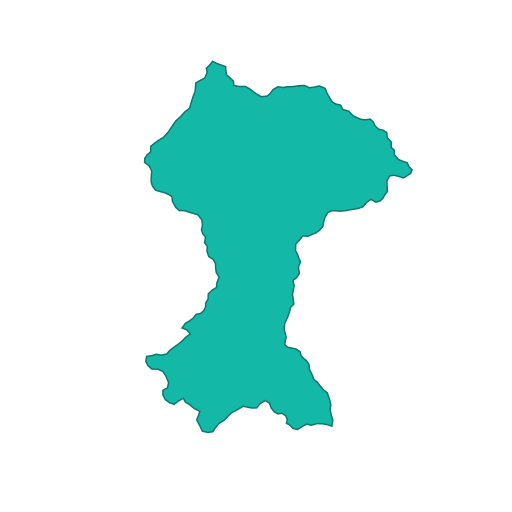 outline of Carangola, Minas Gerais, Brazil, rotated 296°
{"feature_id": "56859067B57356362865245", "entity_name": "Carangola", "entity_type": "district", "adm_level": 2, "iso_a3": "BRA", "parent_name": "Brazil", "parent_adm1": "Minas Gerais", "projection": "mercator", "projection_center": [-42.102, -20.708], "detail": "fine", "context": "isolated", "style": "filled", "palette": "teal", "viewbox_px": 512, "rotation_deg": 296, "n_neighbors": 0, "source": "geoboundaries", "source_scale": "gbopen_adm2", "svg_char_len": 3353}
<svg xmlns="http://www.w3.org/2000/svg" viewBox="0 0 512 512"><g transform="rotate(296 256 256)"><path d="M436.6,238.3L433.1,234.1L430.6,230.0L430.6,225.1L428.1,220.3L424.6,215.2L422.1,210.4L419.3,206.4L417.7,201.5L413.1,198.4L407.8,197.4L404.5,195.8L401.5,190.8L401.9,184.6L403.3,178.2L403.8,172.2L401.1,166.9L399.6,161.3L403.4,158.9L404.6,154.5L406.0,150.0L409.0,147.9L412.9,145.7L412.4,141.4L411.9,136.9L411.9,131.6L407.9,130.8L402.9,129.1L399.6,131.6L393.6,131.9L389.0,128.6L385.1,126.0L380.9,127.7L377.2,129.1L372.1,129.5L366.2,130.4L359.6,131.5L354.5,128.9L348.3,127.1L342.5,124.8L336.5,123.8L328.9,122.8L321.8,120.7L317.3,117.7L313.3,115.6L308.4,113.3L303.5,115.7L299.6,113.9L295.0,113.2L291.2,114.9L290.2,120.6L286.7,125.0L281.3,127.1L276.3,129.5L273.6,132.2L271.1,136.6L271.8,141.1L272.8,146.1L273.0,150.4L272.6,154.3L268.4,157.0L264.5,162.6L263.2,167.1L265.3,171.6L266.3,178.2L267.6,185.5L264.8,191.4L260.4,194.3L255.7,195.5L252.6,198.5L251.0,202.3L245.4,203.9L243.5,207.9L238.6,210.0L234.8,213.8L234.2,219.1L231.3,223.0L227.5,225.0L224.0,227.3L220.7,232.1L214.7,232.6L210.5,234.3L206.6,231.8L201.2,229.7L196.3,231.8L191.6,231.4L188.3,233.0L183.9,233.0L180.0,231.3L177.3,227.7L172.9,226.9L168.4,224.6L164.5,222.0L158.9,221.1L159.3,226.1L157.2,231.2L152.2,228.5L146.6,226.7L141.2,224.0L136.3,221.3L132.9,219.7L128.7,218.7L125.2,213.9L123.9,209.3L120.8,206.1L117.8,201.7L113.0,203.2L110.1,206.9L108.7,212.1L111.3,217.4L111.4,222.8L108.8,227.3L106.5,230.1L103.6,233.1L98.6,234.2L94.5,231.2L90.5,233.1L87.2,237.4L86.2,242.5L86.9,247.5L92.2,250.2L96.3,253.1L93.7,256.6L93.3,261.7L91.8,267.5L91.8,273.6L87.5,274.2L82.7,274.5L79.0,279.7L75.0,284.6L76.3,289.9L79.0,294.1L83.7,294.8L89.1,296.1L94.8,299.5L99.9,301.1L104.2,302.6L107.5,305.1L111.7,308.0L115.3,310.3L116.3,314.2L117.5,318.7L119.7,323.1L124.8,324.3L130.2,327.7L129.6,332.6L126.0,336.4L123.9,340.8L123.8,345.0L126.0,348.2L125.5,352.9L122.4,355.9L119.0,356.7L118.8,361.0L117.2,364.7L118.2,369.3L123.5,372.6L127.3,375.5L128.1,379.9L132.0,384.1L134.5,389.7L135.8,394.4L136.3,398.8L142.1,397.0L147.0,392.6L150.7,389.8L154.9,388.6L159.1,385.2L164.3,380.0L165.3,375.3L167.5,370.3L169.6,365.9L170.5,362.0L173.4,359.1L177.3,354.0L181.7,351.1L183.9,347.6L184.8,343.9L186.2,340.1L189.2,337.7L190.0,333.1L188.9,328.4L187.9,324.5L188.8,320.7L192.9,319.4L196.3,318.7L200.1,315.4L203.5,312.9L208.4,311.3L214.2,311.3L220.3,310.7L225.1,309.6L229.2,311.1L232.9,308.8L237.3,305.7L242.1,304.4L246.3,303.2L250.2,299.9L253.9,301.8L259.1,302.7L264.8,298.9L270.3,298.6L272.6,295.6L275.5,292.7L278.4,289.0L284.2,286.5L289.9,288.3L294.6,289.2L296.5,294.0L300.4,297.3L303.3,299.9L306.9,301.8L312.0,303.1L316.6,301.8L320.5,301.1L326.5,301.4L330.1,304.5L331.6,308.0L333.3,312.1L336.0,316.6L338.4,319.7L340.5,322.8L343.2,326.5L346.9,330.5L352.3,331.8L357.3,334.4L356.9,340.2L360.3,343.7L363.9,344.7L367.8,345.0L371.6,345.8L375.4,343.7L380.6,340.8L386.6,341.0L389.1,344.7L390.0,348.9L390.9,354.4L394.9,356.9L398.1,358.8L401.9,358.5L403.5,354.0L406.1,351.1L405.5,346.8L405.2,341.6L407.7,336.0L411.8,333.9L412.9,329.8L417.7,327.8L419.9,322.0L424.3,319.4L424.8,314.8L423.7,310.5L425.1,306.1L428.1,302.3L429.1,298.6L426.3,294.5L424.8,290.3L424.5,282.0L426.8,275.8L425.7,269.9L428.7,265.9L427.7,261.7L427.7,257.5L430.3,253.1L433.6,248.3L437.0,244.6L436.6,238.3Z" fill="#14b8a6" stroke="#0f766e" stroke-width="1.5"/></g></svg>